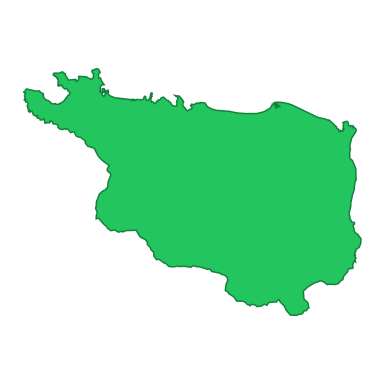 outline of Bolaang Mongondow Utara, Sulawesi Utara, Indonesia
{"feature_id": "22746128B96389329417801", "entity_name": "Bolaang Mongondow Utara", "entity_type": "district", "adm_level": 2, "iso_a3": "IDN", "parent_name": "Indonesia", "parent_adm1": "Sulawesi Utara", "projection": "natural_earth1", "projection_center": [123.364, 0.76], "detail": "fine", "context": "isolated", "style": "filled", "palette": "green", "viewbox_px": 384, "rotation_deg": 0, "n_neighbors": 0, "source": "geoboundaries", "source_scale": "gbopen_adm2", "svg_char_len": 5833}
<svg xmlns="http://www.w3.org/2000/svg" viewBox="0 0 384 384"><path d="M355.7,128.6L353.9,127.5L353.1,127.6L353.7,126.7L353.2,126.0L353.0,126.5L351.0,125.6L350.4,126.3L350.0,125.6L348.9,125.6L348.2,124.0L348.3,122.8L347.3,121.5L346.3,121.3L342.9,122.6L343.7,123.8L343.1,126.1L343.4,126.7L343.2,127.9L344.0,128.7L343.8,129.3L342.9,129.3L342.8,131.1L340.8,130.6L340.6,130.7L340.6,131.3L340.5,131.5L339.9,130.6L338.9,131.2L338.7,129.5L337.0,128.4L336.5,126.9L335.0,125.5L334.8,125.8L334.4,124.9L329.1,120.0L328.2,120.3L326.1,119.3L317.8,117.4L292.5,105.2L288.1,103.6L280.9,102.3L275.4,102.3L273.9,102.9L274.0,103.2L275.7,103.1L277.3,104.2L278.1,105.6L279.8,105.9L279.8,106.6L278.4,106.4L276.6,107.9L276.2,107.9L275.6,107.5L275.1,106.5L275.0,103.8L272.5,104.2L272.2,103.6L272.2,105.0L270.2,108.1L264.2,111.7L257.3,113.5L245.9,113.6L237.5,113.0L229.0,111.3L216.3,110.3L211.7,109.0L208.2,107.2L206.6,105.7L205.2,103.1L201.1,102.5L200.3,102.7L199.7,103.4L198.5,102.9L195.7,103.4L195.4,104.0L193.2,104.7L191.7,104.1L190.6,105.6L192.3,108.0L192.1,108.4L187.2,110.8L186.4,110.4L185.5,108.5L183.0,105.9L182.8,103.8L183.6,101.9L183.4,101.2L180.2,97.1L178.4,95.7L177.5,96.2L177.2,97.1L178.0,98.3L176.5,101.8L177.0,103.2L176.7,105.8L175.2,106.3L172.0,105.3L170.3,102.2L169.0,101.9L168.3,100.5L166.7,100.3L163.7,97.2L161.5,97.7L160.1,99.7L158.0,100.1L157.9,101.1L156.6,101.3L155.3,103.6L154.6,103.7L153.0,101.8L151.7,102.2L150.6,99.5L151.4,98.0L150.9,97.0L152.1,96.2L151.4,95.2L152.4,93.9L151.7,92.8L150.9,93.3L149.7,98.8L148.6,99.3L147.8,100.6L146.7,100.1L145.9,98.9L145.7,96.9L145.0,96.2L144.4,96.5L143.2,99.3L142.4,99.7L136.5,99.5L134.4,100.7L132.3,100.3L133.4,99.8L134.6,100.1L134.3,99.4L129.7,99.5L115.0,97.8L110.5,96.1L108.9,95.0L108.3,93.8L108.5,91.6L108.0,90.1L107.2,90.6L106.1,93.6L105.3,94.1L104.0,96.6L102.2,95.1L102.4,93.1L102.1,92.0L100.9,91.3L100.7,93.0L99.8,90.7L100.7,89.6L100.1,88.1L101.0,85.6L102.0,85.0L104.2,84.7L101.4,80.7L100.5,78.0L98.9,78.3L98.4,74.2L99.8,73.0L100.1,72.1L98.4,69.1L96.3,68.7L93.9,69.9L92.4,70.1L91.9,71.2L92.0,72.2L93.6,74.0L93.2,77.7L92.1,78.9L90.9,79.3L89.8,78.4L88.4,78.3L86.6,76.9L78.9,76.3L78.5,76.7L79.1,78.3L78.1,80.2L76.5,81.4L75.9,81.3L75.8,79.4L68.4,80.1L65.0,74.4L65.3,73.5L63.7,73.2L62.5,71.8L58.4,73.4L56.2,73.0L53.6,73.4L53.3,75.2L54.3,75.4L55.0,76.4L55.5,76.2L56.6,77.7L57.5,78.0L57.4,79.0L58.2,79.5L58.4,80.8L57.8,82.6L59.0,84.2L57.8,84.8L58.0,85.7L59.0,86.0L62.0,85.1L62.2,86.6L62.9,86.7L63.1,87.5L64.8,89.1L66.9,88.4L67.6,89.4L67.6,90.6L68.6,91.0L70.1,92.9L69.5,93.5L69.2,95.0L68.1,95.3L64.2,100.7L61.4,102.9L59.7,103.4L59.2,104.2L56.1,104.3L55.3,103.5L52.8,104.0L51.1,103.3L51.0,102.8L48.4,100.6L46.0,99.8L44.6,98.6L43.0,95.8L43.0,95.4L43.4,95.7L43.4,93.9L40.5,92.3L39.4,90.9L36.0,91.1L26.7,89.0L25.8,89.6L24.5,91.8L23.0,92.2L24.8,92.2L24.9,93.2L25.6,93.2L24.4,95.9L25.0,96.9L24.9,98.1L25.8,99.2L24.4,99.5L24.3,100.2L25.3,100.5L25.8,102.1L26.8,101.8L27.9,102.9L27.8,104.6L27.1,106.0L27.7,106.6L27.9,108.6L28.5,109.4L29.1,109.3L29.5,110.4L28.5,110.6L28.5,111.5L29.4,111.4L29.9,112.2L30.7,111.0L31.8,111.1L33.5,115.0L36.2,116.2L36.7,115.6L37.5,115.7L37.6,116.5L37.0,117.1L37.2,118.0L39.7,118.5L40.2,120.0L42.1,119.9L43.9,118.8L45.0,123.2L47.8,122.6L49.6,122.8L50.1,122.4L50.1,121.1L51.5,121.2L52.5,121.9L53.2,124.0L55.4,124.0L57.8,124.9L58.0,127.1L59.4,128.9L62.5,129.6L64.6,128.8L65.8,129.4L66.8,128.6L68.3,129.7L70.6,132.7L72.5,132.0L74.1,132.0L76.4,136.3L81.0,137.6L84.9,140.7L85.7,143.6L87.8,146.2L94.2,148.2L97.7,155.2L99.2,157.3L103.3,161.3L109.2,165.5L107.4,168.6L107.2,170.7L110.5,173.5L110.7,175.5L108.3,181.4L107.7,187.1L105.2,189.9L102.6,191.1L99.5,194.0L96.4,201.8L96.3,205.5L95.6,208.3L97.3,212.7L96.2,215.8L96.2,218.8L97.7,218.2L98.8,218.5L103.4,223.8L106.6,226.6L107.4,228.1L110.8,230.7L115.0,229.9L117.4,231.7L118.8,232.1L121.1,231.4L123.2,231.9L125.8,230.6L136.6,230.3L137.3,232.4L139.8,236.4L141.4,237.7L145.4,239.6L147.2,242.0L147.5,244.8L150.4,247.6L150.8,249.5L153.7,252.3L153.8,255.9L156.4,259.6L159.3,259.4L163.9,262.9L165.7,263.4L169.1,266.6L174.2,266.8L177.7,266.1L179.6,266.6L184.1,266.3L190.7,267.2L192.7,266.0L194.3,265.8L195.5,266.5L200.4,267.0L207.7,269.4L209.9,269.0L211.7,271.5L219.5,273.0L221.5,274.4L224.4,275.0L227.0,277.1L227.7,279.6L227.3,281.8L226.1,284.0L225.3,290.6L227.8,291.9L228.8,293.7L233.7,296.8L236.7,301.1L243.0,301.2L245.3,302.3L247.3,304.5L249.2,304.9L249.8,305.8L251.9,304.3L255.4,305.1L257.0,306.6L262.0,305.9L264.0,304.1L267.0,305.3L268.2,303.2L269.3,302.4L276.6,301.9L277.7,300.3L279.0,299.6L280.5,302.3L284.5,306.2L286.1,310.1L290.4,315.1L297.0,315.3L298.5,314.5L302.4,313.8L303.9,311.0L306.5,310.5L308.2,308.1L308.9,307.9L307.9,302.8L303.9,298.9L303.4,291.6L303.4,291.0L308.0,286.8L314.3,283.0L320.7,280.8L323.5,281.8L327.4,284.7L329.0,284.2L334.9,284.5L338.3,283.6L341.2,280.4L342.8,279.7L343.7,276.2L347.6,271.7L348.3,269.2L350.7,268.3L352.1,268.6L353.0,267.9L352.8,264.3L353.9,261.6L354.6,261.1L355.5,261.8L355.0,259.7L356.0,257.8L355.0,256.9L355.5,255.3L354.5,255.2L354.2,254.7L355.1,253.5L354.9,252.1L355.6,251.9L356.0,249.6L359.3,247.2L360.7,243.3L361.0,238.9L359.0,236.0L358.2,235.5L358.0,234.5L354.8,232.4L353.2,225.8L353.4,224.6L354.5,224.0L354.4,222.9L354.1,222.3L352.2,222.2L351.1,221.3L350.7,219.6L349.8,218.7L349.8,216.5L349.0,213.7L350.7,206.7L350.8,203.0L352.3,195.6L354.1,190.0L354.9,182.1L356.1,180.2L355.7,168.4L352.4,160.6L349.7,158.0L349.7,152.3L350.4,149.4L349.8,146.0L351.6,138.2L355.4,132.5L356.2,130.6L355.7,128.6ZM104.2,88.9L102.5,88.7L102.4,89.9L102.9,92.3L104.3,92.5L104.7,91.0L104.2,88.9ZM276.7,107.8L277.4,106.9L276.1,106.2L275.6,104.5L275.4,106.9L276.7,107.8ZM277.3,106.2L277.6,105.7L277.2,104.7L275.9,104.1L276.1,105.5L277.3,106.2ZM105.5,92.6L105.8,91.6L105.5,90.8L104.9,91.9L105.5,92.6ZM176.6,96.5L176.3,95.7L175.0,95.5L176.0,96.4L176.6,96.5Z" fill="#22c55e" stroke="#15803d" stroke-width="1.5"/></svg>